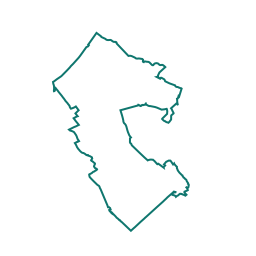 Forasti, Suceava, Romania, rotated 165°
{"feature_id": "2599482B48678951772867", "entity_name": "Forasti", "entity_type": "district", "adm_level": 2, "iso_a3": "ROU", "parent_name": "Romania", "parent_adm1": "Suceava", "projection": "mercator", "projection_center": [26.455, 47.372], "detail": "fine", "context": "isolated", "style": "outline", "palette": "teal", "viewbox_px": 256, "rotation_deg": 165, "n_neighbors": 0, "source": "geoboundaries", "source_scale": "gbopen_adm2", "svg_char_len": 5636}
<svg xmlns="http://www.w3.org/2000/svg" viewBox="0 0 256 256"><g transform="rotate(165 128 128)"><path d="M133.8,228.0L142.2,221.0L144.9,218.8L144.4,218.1L145.2,217.4L145.5,217.2L147.3,216.9L155.3,210.3L157.4,208.7L164.5,204.1L167.3,202.5L168.3,201.7L172.0,199.4L178.5,195.6L179.3,195.2L181.9,194.3L184.2,193.5L187.1,192.3L188.5,191.9L188.7,190.0L188.6,189.0L188.6,187.9L188.8,186.8L189.2,185.1L189.9,183.3L190.0,182.8L190.0,182.7L189.4,182.7L187.9,184.5L187.5,185.1L187.1,184.2L187.0,183.8L186.4,182.7L185.9,181.4L185.6,180.6L183.7,176.4L182.7,173.8L182.5,173.5L181.6,171.1L181.5,170.8L181.5,170.6L179.9,167.4L179.7,166.7L179.0,165.2L178.7,164.2L178.8,163.6L178.6,162.6L178.1,161.4L176.8,161.5L175.0,161.7L173.7,162.0L172.8,162.3L171.1,157.9L175.0,155.7L173.6,152.4L174.4,152.4L178.0,151.5L176.6,148.0L175.3,145.2L174.7,143.7L178.2,143.0L179.5,142.9L185.4,141.7L184.7,140.6L182.6,139.3L181.3,138.1L181.1,137.7L180.0,134.6L179.9,134.0L179.7,133.0L179.7,132.2L179.5,130.3L179.0,128.9L178.7,128.0L179.6,127.8L179.6,128.0L183.2,127.2L182.7,125.7L182.4,124.3L182.2,122.8L181.4,120.5L180.8,119.4L180.5,118.6L179.9,117.6L179.2,116.5L178.6,115.9L177.4,115.3L176.3,114.2L175.3,112.8L175.1,112.6L174.9,112.6L174.7,112.4L174.2,112.1L173.8,112.3L173.6,112.2L173.5,111.6L173.2,111.5L172.9,111.1L172.0,110.6L171.8,110.4L171.2,109.8L170.4,108.9L170.6,108.1L170.5,107.7L172.0,106.4L171.7,105.6L171.0,105.1L170.1,103.7L169.1,102.3L169.1,102.2L169.3,101.7L170.0,100.9L170.5,100.2L170.7,99.8L170.8,99.6L170.4,98.3L170.1,97.7L169.7,97.5L169.2,96.8L168.9,96.7L168.6,96.1L169.3,95.5L170.7,95.2L171.9,94.7L172.9,94.7L174.5,93.9L175.9,93.5L177.3,93.3L177.6,93.0L177.7,91.7L177.7,90.6L177.2,89.6L176.7,88.6L174.9,85.4L172.3,81.0L171.1,79.7L170.8,79.0L170.7,78.3L170.7,77.4L170.3,75.9L168.4,62.1L167.9,58.5L167.8,56.6L166.7,56.3L166.3,55.6L166.0,55.3L166.0,54.5L165.9,53.7L167.4,53.6L167.3,53.0L167.2,52.5L166.8,51.9L166.7,51.6L166.3,51.1L165.9,51.1L165.7,50.9L165.7,50.7L165.9,50.5L166.0,50.1L165.7,49.8L165.4,49.7L165.1,49.8L164.9,49.4L165.1,48.9L164.9,48.7L164.7,48.9L164.5,48.7L162.8,45.7L162.2,44.3L161.7,43.7L161.2,43.0L160.6,42.1L160.5,41.7L160.4,41.5L159.9,41.3L159.8,41.2L159.7,40.8L159.5,40.7L159.4,40.5L159.4,40.1L159.1,39.6L158.7,39.3L151.8,28.0L148.1,29.9L147.2,30.3L140.3,34.0L135.7,36.3L134.5,37.0L133.8,37.3L120.8,44.0L113.1,47.9L111.5,48.8L109.4,49.9L107.9,50.8L100.7,54.3L100.3,54.7L100.2,54.7L99.8,54.5L99.2,54.1L98.7,53.9L98.8,53.6L99.4,53.6L100.3,54.0L102.0,53.2L102.7,52.7L102.9,52.5L102.9,52.4L102.1,51.7L101.1,51.2L100.2,50.5L99.9,50.1L99.6,49.6L99.5,49.1L98.7,49.5L98.0,49.8L97.5,49.8L96.9,50.0L95.2,50.9L94.7,51.0L93.9,50.7L93.7,50.4L93.2,50.4L92.1,49.4L91.0,48.7L90.1,47.8L88.8,48.4L90.2,51.1L89.9,51.9L86.9,52.3L86.3,52.5L86.4,53.4L86.4,54.1L86.5,54.5L87.0,55.5L86.8,55.6L85.9,54.5L84.8,55.4L84.5,56.4L84.0,57.2L84.2,58.1L84.5,58.5L84.2,58.8L84.2,59.1L85.0,61.4L85.1,62.9L85.3,63.2L86.2,64.3L86.4,64.9L86.5,65.2L87.1,65.7L87.1,65.8L87.2,66.2L87.7,67.2L87.6,67.9L87.6,68.0L88.1,68.5L88.6,69.3L88.7,69.6L88.9,69.8L89.3,70.6L89.8,71.4L90.8,73.9L90.8,74.2L91.0,74.7L90.9,75.3L91.1,76.0L91.2,76.3L91.1,76.7L90.9,77.6L90.8,77.8L91.8,79.5L92.2,80.5L92.7,81.6L92.7,81.8L93.9,81.1L95.0,84.4L95.5,85.5L96.2,85.6L96.6,85.9L97.2,86.0L98.5,85.7L99.8,85.5L102.7,83.5L101.8,82.2L103.9,80.8L103.9,80.6L108.0,85.7L108.3,85.7L108.9,85.4L109.1,85.5L109.8,86.9L111.1,89.5L111.7,90.2L112.1,90.9L112.5,91.0L113.5,91.4L114.7,91.7L115.1,91.7L115.6,91.8L116.2,91.7L116.7,91.8L117.3,91.6L119.6,95.1L123.4,101.3L128.8,110.3L129.0,112.0L129.6,112.6L129.8,113.8L129.5,114.9L129.2,115.9L128.9,117.0L128.8,117.4L128.4,117.8L127.6,118.1L128.6,120.4L129.1,124.0L129.2,126.0L129.2,129.9L129.3,130.6L129.5,131.8L129.9,132.7L130.4,133.5L130.6,133.9L130.8,135.3L130.6,136.3L130.5,138.7L130.5,141.6L130.7,147.1L112.6,147.2L112.1,147.8L111.7,147.6L111.0,146.7L110.3,146.0L110.0,145.9L109.8,145.9L109.1,146.5L108.1,146.5L108.1,146.3L107.6,146.2L105.4,146.1L105.1,146.0L104.7,146.9L104.5,147.0L104.4,146.0L104.1,145.7L102.6,144.2L102.1,143.9L101.8,143.7L100.8,143.4L96.5,141.3L94.8,140.2L90.7,137.0L89.8,136.9L87.9,136.6L85.7,136.5L85.6,136.2L85.7,134.1L86.6,131.5L92.1,128.4L92.7,127.9L92.3,127.1L91.5,125.8L91.1,125.4L90.5,124.9L90.3,124.9L89.5,123.8L88.8,123.4L88.2,123.1L87.6,122.6L86.5,123.2L84.2,125.0L83.7,126.6L83.2,128.5L82.9,129.0L80.2,130.3L80.1,130.6L80.6,132.9L81.0,135.3L81.3,135.9L74.8,139.2L74.2,138.3L74.1,137.9L73.9,137.9L73.8,138.0L73.8,138.3L73.9,138.7L73.9,139.0L73.6,140.8L73.2,142.8L73.1,143.6L72.2,143.7L70.9,145.8L70.5,145.1L66.0,152.2L66.3,152.6L67.2,153.0L67.9,153.6L68.5,153.9L69.3,154.7L70.0,154.9L70.6,155.2L71.2,155.8L71.4,156.2L71.5,157.0L76.4,160.4L80.0,163.5L80.2,165.1L80.4,165.6L82.6,167.8L83.1,168.0L83.7,168.0L83.8,167.2L83.6,166.7L87.1,169.9L85.8,169.9L85.6,169.9L85.4,171.0L83.3,173.5L76.2,177.2L76.6,177.9L77.6,179.3L78.2,179.9L78.6,180.1L78.9,180.2L80.2,180.3L81.2,180.8L81.6,181.5L82.0,182.1L82.3,182.5L82.9,182.9L83.8,183.3L85.0,183.4L85.6,183.3L86.3,183.0L87.3,182.2L87.8,182.2L88.3,182.5L88.6,182.8L88.9,183.3L89.2,183.9L90.3,185.8L90.8,186.3L91.4,186.7L92.4,187.0L93.5,187.5L94.0,187.8L94.7,188.0L95.2,187.9L95.7,187.5L96.1,187.7L96.4,188.4L95.8,190.1L96.0,190.4L96.4,191.0L99.1,192.2L99.7,192.4L100.6,192.5L102.1,193.0L102.5,193.4L102.9,193.9L103.1,194.2L105.7,196.4L106.7,197.0L107.4,197.3L108.9,197.5L116.9,212.2L117.0,213.7L117.2,214.0L117.3,214.1L117.8,214.1L118.0,214.5L119.2,214.8L119.8,215.1L120.9,216.3L121.2,216.8L121.9,217.5L122.5,217.7L124.2,218.0L124.8,218.2L125.5,218.5L125.9,218.8L126.5,219.4L126.7,219.9L129.8,222.5L130.2,222.9L130.3,223.5L133.8,228.0Z" fill="none" stroke="#0f766e" stroke-width="2"/></g></svg>